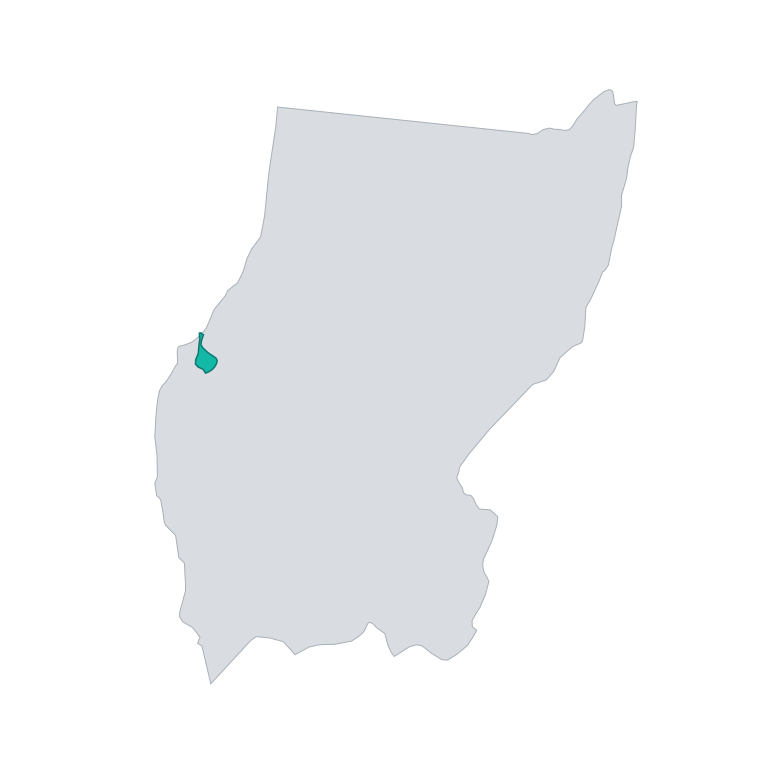 where Kapchorwa sits in Uganda, rotated 186°
{"feature_id": "UGA-3112", "entity_name": "Kapchorwa", "entity_type": "District", "adm_level": 1, "iso_a3": "UGA", "parent_name": "Uganda", "parent_adm1": "", "projection": "equal_earth", "projection_center": [34.481, 1.268], "detail": "fine", "context": "in_parent", "style": "filled", "palette": "teal", "viewbox_px": 768, "rotation_deg": 186, "n_neighbors": 0, "source": "natural_earth", "source_scale": "10m", "svg_char_len": 2679}
<svg xmlns="http://www.w3.org/2000/svg" viewBox="0 0 768 768"><g transform="rotate(186 384 384)"><path d="M518.8,648.3L509.8,648.3L495.1,648.3L480.4,648.3L465.8,648.3L451.1,648.3L436.4,648.3L421.8,648.3L407.1,648.3L392.4,648.3L377.7,648.3L363.1,648.3L348.4,648.3L333.7,648.3L319.0,648.3L304.4,648.3L289.7,648.3L275.0,648.3L266.4,648.3L264.6,647.9L263.4,647.5L257.9,648.9L252.2,653.7L246.1,655.8L239.5,655.0L238.7,655.5L235.4,655.4L230.7,655.0L226.4,656.3L223.1,660.6L219.7,667.9L213.7,676.3L209.0,683.7L205.0,689.0L195.9,697.7L190.9,700.3L188.4,699.9L186.9,698.3L184.0,687.1L182.2,685.3L164.4,691.1L161.7,691.2L162.0,687.7L160.7,661.5L160.5,645.5L162.8,635.5L164.1,623.9L164.3,613.7L167.5,596.4L166.3,585.9L170.5,549.5L171.7,543.5L173.3,525.9L175.9,520.5L178.3,518.3L181.3,507.5L187.2,490.2L191.2,481.3L190.3,461.9L191.0,448.7L191.9,445.7L200.5,440.8L211.7,428.6L216.5,414.2L223.1,405.0L236.1,399.1L274.5,349.7L292.3,323.1L300.1,309.5L300.4,304.6L301.9,298.2L298.8,293.2L295.0,288.6L293.8,284.4L290.6,282.3L286.0,282.4L283.0,279.3L279.6,273.4L276.1,269.6L265.2,269.9L256.9,263.8L257.0,255.5L260.3,239.1L266.7,220.3L267.0,215.1L266.1,210.7L264.6,206.9L261.7,203.1L259.0,198.6L261.2,185.1L265.2,171.9L268.5,165.3L271.7,157.8L270.8,151.7L266.1,148.7L268.5,142.8L273.6,132.8L283.4,122.7L292.0,116.0L297.8,115.9L308.9,121.3L319.0,127.7L324.6,128.0L331.3,125.3L345.3,114.1L348.6,117.7L352.7,124.5L357.1,135.8L365.9,140.9L370.1,144.5L373.1,145.5L374.8,144.6L378.1,135.7L382.1,130.9L389.6,124.8L406.0,119.9L417.7,118.5L422.7,117.4L431.0,114.6L444.2,105.5L457.1,117.2L471.1,119.5L484.7,119.4L488.9,115.8L491.2,113.1L505.5,93.8L524.9,67.7L537.7,104.5L542.2,106.6L541.5,109.8L540.4,112.9L548.9,121.8L559.2,126.4L562.9,131.0L563.3,135.9L559.8,157.4L560.4,163.5L563.8,185.1L569.9,189.9L575.4,211.6L586.5,220.8L588.1,223.5L590.6,234.0L594.0,245.5L596.7,248.2L598.3,248.9L601.5,261.1L599.7,268.0L602.2,288.8L606.4,307.5L607.5,329.8L607.5,339.6L607.4,345.6L606.5,354.1L604.5,359.0L600.9,363.7L597.0,371.2L593.6,379.3L591.5,383.2L593.1,395.3L592.7,398.4L591.8,400.0L586.8,401.8L580.4,405.0L576.5,408.2L571.0,414.3L566.6,420.9L560.7,440.4L550.9,455.5L549.3,460.5L540.1,469.5L536.0,480.6L533.4,494.3L529.9,504.1L522.1,517.5L520.3,538.7L520.6,581.1L518.5,629.3L518.8,648.3Z" fill="#d9dde1" stroke="#a8b0b8" stroke-width="1"/><path d="M573.0,415.3L571.4,415.7L570.0,414.6L568.7,414.2L570.1,407.6L570.1,403.8L567.9,401.0L562.4,396.8L553.9,392.3L552.3,389.9L552.7,386.6L554.0,383.6L556.1,380.7L558.7,378.4L562.6,376.1L565.4,379.6L570.7,381.5L573.6,384.1L573.8,388.6L571.9,395.0L572.1,403.3L571.9,409.0L572.8,414.6L573.0,415.2L573.0,415.3Z" fill="#14b8a6" stroke="#0f766e" stroke-width="1.5"/></g></svg>